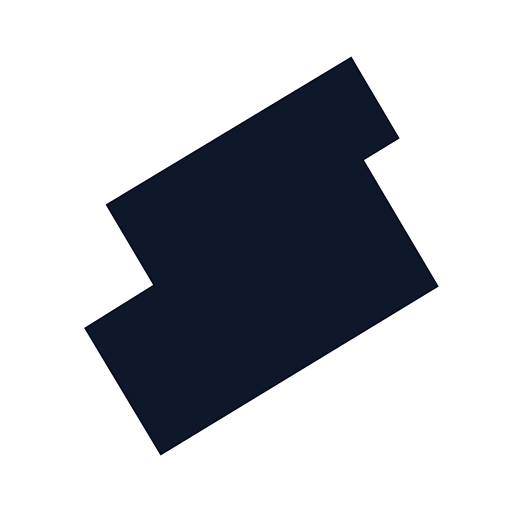 the district of Hickory, Missouri, United States of America, rotated 147°
{"feature_id": "52423323B37478896946930", "entity_name": "Hickory", "entity_type": "district", "adm_level": 2, "iso_a3": "USA", "parent_name": "United States of America", "parent_adm1": "Missouri", "projection": "natural_earth1", "projection_center": [-93.331, 37.938], "detail": "fine", "context": "isolated", "style": "filled", "palette": "ink", "viewbox_px": 512, "rotation_deg": 147, "n_neighbors": 0, "source": "geoboundaries", "source_scale": "gbopen_adm2", "svg_char_len": 288}
<svg xmlns="http://www.w3.org/2000/svg" viewBox="0 0 512 512"><g transform="rotate(147 256 256)"><path d="M438.6,288.5L443.9,141.4L120.1,131.7L114.0,278.4L72.2,277.2L68.8,357.1L68.1,370.6L353.4,380.3L357.3,287.0L438.6,288.5Z" fill="#0f172a" stroke="#020617" stroke-width="1.5"/></g></svg>